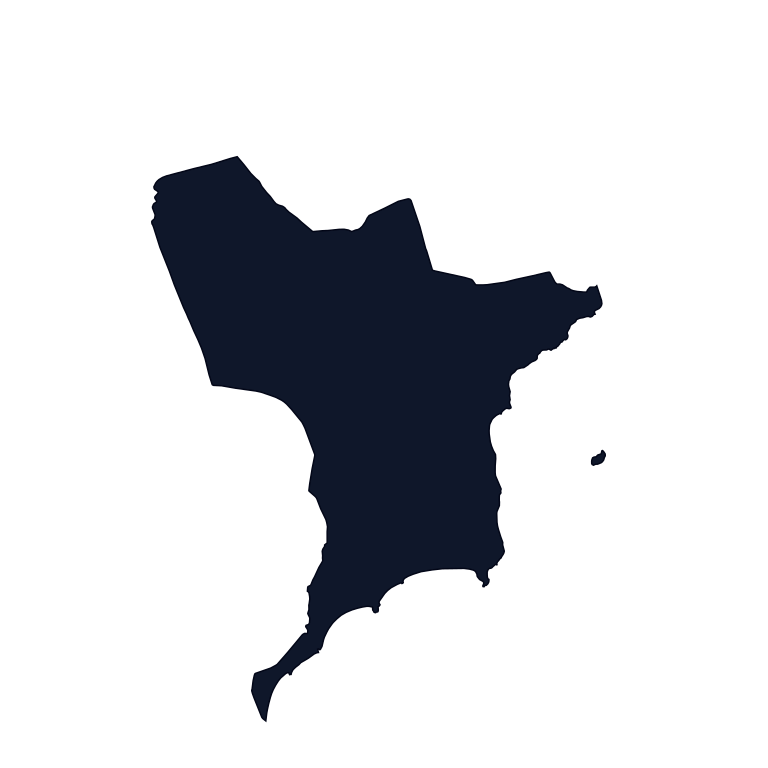 the district of Tuy Phong, Bình Thuận, Vietnam, rotated 339°
{"feature_id": "81297802B73162737965460", "entity_name": "Tuy Phong", "entity_type": "district", "adm_level": 2, "iso_a3": "VNM", "parent_name": "Vietnam", "parent_adm1": "Bình Thuận", "projection": "mercator", "projection_center": [108.691, 11.341], "detail": "fine", "context": "isolated", "style": "filled", "palette": "ink", "viewbox_px": 768, "rotation_deg": 339, "n_neighbors": 0, "source": "geoboundaries", "source_scale": "gbopen_adm2", "svg_char_len": 6172}
<svg xmlns="http://www.w3.org/2000/svg" viewBox="0 0 768 768"><g transform="rotate(339 384 384)"><path d="M152.9,656.2L156.6,649.2L158.8,645.6L162.0,640.8L165.7,635.7L168.3,632.5L171.1,629.6L174.8,626.4L178.8,623.4L182.2,621.4L188.2,619.2L189.5,618.9L190.7,619.0L191.7,619.5L191.9,619.8L191.6,620.5L191.8,621.6L192.7,621.6L193.2,621.8L193.3,621.5L194.6,619.9L196.3,618.4L197.4,617.8L200.0,616.7L204.0,615.5L206.4,614.3L215.4,612.8L222.0,611.0L225.0,610.8L226.6,611.2L227.0,607.8L227.9,607.8L228.9,609.1L229.7,608.8L232.1,606.7L235.9,601.1L237.7,598.9L241.8,595.0L244.6,592.6L249.4,589.4L251.1,588.4L255.6,586.4L261.1,584.5L266.8,583.6L273.2,583.4L278.8,583.8L284.1,584.5L288.4,585.4L290.5,586.3L293.3,588.1L293.3,588.4L292.7,590.1L292.5,591.4L292.9,592.3L292.8,593.2L293.4,594.0L294.3,594.5L295.3,594.1L296.4,594.5L297.0,594.1L297.6,593.2L298.7,589.8L300.0,589.5L300.7,589.1L301.2,588.5L300.8,586.9L301.6,585.2L309.6,579.8L313.5,578.0L317.7,576.7L324.6,575.8L328.1,575.7L329.0,576.0L329.2,576.7L330.1,576.7L330.8,576.3L331.1,574.8L332.0,573.7L333.6,572.8L337.7,572.1L343.1,572.0L351.4,572.5L362.4,574.8L372.4,577.4L392.6,584.8L397.6,587.5L400.5,589.6L401.6,590.7L402.3,592.1L402.6,594.8L402.1,596.8L402.2,597.6L403.2,600.8L405.6,603.7L405.9,604.4L405.9,605.2L405.5,606.2L404.1,607.6L403.8,608.3L403.9,608.7L404.8,609.1L406.2,608.2L407.3,608.6L409.4,607.7L410.9,606.3L411.8,604.5L411.9,604.0L411.4,603.6L411.3,602.9L411.2,601.6L412.0,599.0L413.0,596.4L414.7,594.5L416.2,593.9L417.8,594.3L419.1,594.1L420.0,593.6L423.3,592.4L423.9,592.5L424.4,593.2L424.7,593.2L424.9,592.1L426.0,590.8L428.3,589.6L429.0,589.0L431.2,588.2L431.5,587.7L434.1,585.8L435.4,584.6L436.4,583.1L437.1,576.8L438.1,574.4L438.2,568.2L438.7,560.7L439.1,557.3L439.9,553.7L442.9,545.1L443.7,543.6L448.1,538.9L449.5,535.5L449.9,533.9L451.2,530.6L452.1,528.8L453.9,527.8L454.4,526.8L454.4,525.9L455.7,524.0L455.2,509.8L455.4,508.8L456.1,506.3L458.5,500.2L461.5,493.8L462.7,490.2L462.8,489.6L462.2,485.4L462.1,480.6L462.5,476.1L464.3,468.4L465.4,465.2L467.6,460.6L468.5,459.3L472.3,455.7L474.1,454.8L477.3,453.6L478.9,453.3L481.5,453.1L481.8,453.2L482.2,453.8L482.8,453.9L483.4,452.8L484.7,451.9L487.7,450.8L489.1,450.5L490.2,450.8L491.6,451.7L492.4,452.0L493.8,451.9L494.3,451.2L494.3,447.2L494.7,445.7L496.1,443.9L497.0,439.8L499.0,436.4L499.5,431.1L500.1,428.8L501.7,425.8L503.3,424.5L504.6,422.3L505.5,421.4L506.8,420.6L510.2,419.5L513.1,417.9L514.5,417.8L517.7,418.1L520.4,418.8L525.3,417.7L526.7,417.1L529.7,416.3L533.4,416.2L534.5,415.9L535.5,415.5L536.2,414.9L537.1,412.8L537.4,412.3L539.0,411.3L540.5,411.0L541.4,410.2L543.2,409.3L544.6,409.3L548.1,410.5L549.5,410.3L550.6,410.5L551.7,412.0L552.1,412.3L555.0,411.4L555.6,411.5L555.6,411.8L556.4,411.5L557.1,411.6L557.3,412.1L557.5,412.1L558.7,411.1L559.8,411.0L562.4,409.5L563.8,408.3L565.1,408.6L567.1,407.4L568.3,407.1L568.6,407.1L569.1,407.7L569.7,407.8L571.2,407.3L572.2,406.3L573.0,405.0L573.2,402.3L573.6,401.4L574.6,400.4L577.2,398.3L578.5,396.6L579.6,395.8L584.6,394.6L585.3,394.3L586.9,392.8L590.3,392.7L593.6,393.4L597.1,393.6L599.0,394.1L600.6,395.4L602.1,395.5L602.9,395.3L604.8,394.3L606.1,394.5L606.1,392.2L606.4,391.7L607.6,391.0L611.8,390.6L613.9,389.6L615.2,388.5L616.2,387.1L617.0,383.8L617.8,368.6L617.0,369.0L615.5,369.1L611.5,367.6L610.8,367.5L607.7,369.2L606.0,370.8L603.3,369.7L597.6,366.9L594.2,364.8L592.4,363.3L590.6,360.9L589.7,360.3L586.2,355.4L584.1,353.8L581.7,352.9L581.2,352.6L580.5,351.2L580.0,349.7L578.9,339.8L578.6,339.0L578.2,338.7L575.2,338.1L561.9,336.3L545.0,333.7L533.1,332.3L515.9,328.3L511.9,327.0L505.5,324.5L505.1,324.1L503.9,319.3L503.3,318.0L502.4,317.2L497.5,313.5L472.0,296.7L470.0,295.1L471.5,274.9L471.4,272.5L473.9,249.8L475.0,222.4L474.3,220.7L473.3,220.0L472.4,219.7L462.8,218.6L447.6,220.1L430.5,221.4L427.8,223.1L424.7,226.0L420.3,229.0L417.2,230.2L415.2,230.5L412.5,230.1L409.8,230.2L408.3,230.0L405.9,227.5L402.3,225.3L397.7,223.6L386.9,220.7L380.9,218.7L372.1,216.2L365.0,203.4L362.3,197.9L356.8,189.4L355.2,186.0L354.5,183.8L353.0,181.7L349.8,179.3L347.8,177.1L346.7,174.3L345.0,168.1L343.0,163.2L340.7,155.8L340.2,151.1L339.9,149.8L338.0,146.3L335.1,139.7L331.9,129.3L328.4,119.2L321.4,118.4L301.5,117.1L283.8,114.8L255.6,111.8L251.3,111.8L247.2,112.5L244.9,113.4L242.9,114.6L239.8,117.5L239.5,119.2L239.7,120.1L241.9,123.3L241.7,124.5L241.2,125.0L237.3,127.1L236.9,127.6L236.7,128.6L237.2,131.3L237.1,132.1L236.8,132.5L236.5,132.7L234.1,133.1L233.1,133.7L231.3,135.7L231.0,136.8L231.0,143.8L230.5,145.1L229.0,147.4L228.2,147.9L226.3,148.4L225.3,149.3L224.8,151.4L225.1,152.4L225.1,155.2L223.8,176.1L224.1,202.0L223.8,216.3L224.3,240.8L224.8,247.8L224.9,252.4L225.2,256.0L225.5,266.0L226.2,275.9L226.5,285.2L226.1,296.1L224.0,312.8L223.4,322.8L223.5,323.3L224.4,324.2L231.7,327.4L243.9,334.7L262.0,344.7L266.4,347.6L273.5,353.5L278.0,357.4L282.6,362.4L284.4,365.0L285.9,367.8L288.6,374.6L293.7,390.1L294.1,393.3L294.4,397.2L294.1,424.8L293.8,425.9L286.7,437.1L278.9,450.5L275.7,456.5L275.7,457.2L279.3,464.0L280.0,465.7L280.2,467.3L280.2,477.8L281.2,489.7L280.9,492.8L280.1,497.0L278.0,501.5L274.0,512.0L270.9,513.0L270.4,514.3L267.9,516.1L267.2,516.9L266.4,518.0L265.2,522.3L264.2,524.5L263.6,526.8L262.7,527.8L257.5,531.9L250.1,539.1L247.3,541.5L243.9,545.2L243.0,545.7L240.5,545.9L239.9,546.5L238.2,550.0L239.0,551.2L239.1,552.3L238.4,555.8L237.7,558.1L235.5,562.1L234.6,563.5L233.1,567.7L230.7,570.8L230.6,571.9L230.9,575.1L230.7,576.3L228.9,580.1L228.0,581.1L226.9,581.5L224.8,581.4L224.1,582.1L224.0,582.9L224.5,584.9L224.6,586.7L223.4,589.2L222.7,589.4L220.8,588.5L220.3,588.4L218.7,588.6L217.6,589.0L198.0,600.0L183.8,607.5L181.9,607.9L176.4,608.6L160.3,608.1L159.6,608.3L158.6,609.4L155.5,614.1L151.5,621.6L151.0,622.2L150.6,623.0L150.3,625.8L150.2,631.0L150.5,651.3L150.9,652.8L152.9,656.2ZM565.0,526.5L564.4,524.8L564.1,524.4L563.7,524.4L563.4,524.5L562.1,526.5L561.4,527.1L558.3,526.9L557.3,527.2L556.6,527.8L556.1,528.0L553.8,527.5L552.3,527.7L550.8,529.4L550.2,530.5L549.4,532.7L549.5,533.8L550.5,534.9L552.7,534.7L554.8,535.4L558.7,535.3L560.1,534.8L561.9,533.6L563.4,531.6L564.8,530.4L565.4,528.6L565.0,526.5Z" fill="#0f172a" stroke="#020617" stroke-width="1.5"/></g></svg>